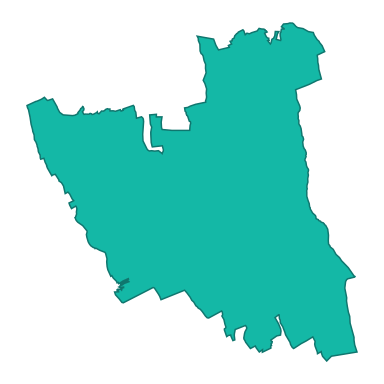 Voinesti, Vaslui, Romania
{"feature_id": "2599482B92497784274092", "entity_name": "Voinesti", "entity_type": "district", "adm_level": 2, "iso_a3": "ROU", "parent_name": "Romania", "parent_adm1": "Vaslui", "projection": "mercator", "projection_center": [27.426, 46.554], "detail": "fine", "context": "isolated", "style": "filled", "palette": "teal", "viewbox_px": 384, "rotation_deg": 0, "n_neighbors": 0, "source": "geoboundaries", "source_scale": "gbopen_adm2", "svg_char_len": 5935}
<svg xmlns="http://www.w3.org/2000/svg" viewBox="0 0 384 384"><path d="M355.0,276.5L353.9,275.8L348.3,267.7L341.6,260.8L339.5,257.6L336.0,254.4L333.2,249.3L330.3,247.0L329.8,245.6L328.6,244.2L328.3,241.0L328.5,235.2L327.7,229.2L325.7,225.4L324.5,224.6L324.3,223.9L323.2,222.8L321.2,222.2L320.5,221.2L319.2,220.8L318.6,220.4L318.4,219.7L316.1,218.7L315.8,216.4L315.4,215.5L312.6,213.0L310.3,209.0L310.2,207.7L309.6,206.8L309.2,203.5L308.1,200.7L306.8,196.3L306.8,191.8L306.6,191.0L307.2,188.8L306.9,187.1L307.0,185.2L307.9,182.1L307.7,178.7L308.4,175.1L307.9,172.7L308.5,170.5L308.4,169.3L307.2,167.5L306.5,165.8L305.9,162.0L304.9,160.4L305.0,159.2L306.1,156.6L305.7,155.5L306.2,154.5L306.2,152.7L305.3,150.1L303.8,148.1L303.8,147.5L303.2,146.3L302.7,142.0L303.6,139.2L302.9,136.8L301.8,135.5L301.9,134.5L301.1,128.7L300.2,126.0L299.3,124.8L298.8,123.5L298.9,120.6L298.1,118.4L298.3,116.8L298.0,113.8L298.3,112.4L299.8,110.5L300.2,108.0L299.7,105.9L296.7,99.0L296.5,94.5L295.6,89.7L309.6,84.2L317.0,80.5L321.4,79.0L318.8,69.3L318.5,65.3L317.8,62.3L317.7,58.5L317.2,55.6L317.3,55.1L324.7,51.6L322.1,45.7L319.4,42.3L319.1,41.4L317.1,39.6L314.3,35.2L313.3,32.5L308.4,31.6L303.1,28.6L297.6,27.6L295.9,26.4L293.5,23.7L292.5,23.1L289.7,23.0L288.0,23.6L283.5,24.0L281.4,26.8L284.1,28.6L284.1,29.0L281.4,29.1L280.8,32.4L280.2,33.2L280.2,35.9L280.9,39.5L280.6,40.5L276.2,39.4L277.4,34.0L278.8,31.6L275.3,31.5L274.8,35.7L273.6,38.2L271.9,39.3L271.1,42.8L270.3,44.0L267.7,40.6L269.1,40.3L268.6,39.1L268.8,38.3L267.5,37.9L266.4,36.9L264.6,33.2L267.1,32.0L266.2,30.8L265.1,30.6L265.2,29.9L263.9,29.1L261.6,29.0L259.1,28.4L257.1,31.0L251.6,32.7L249.4,33.8L246.9,33.2L245.2,34.7L243.8,30.8L242.9,29.8L238.3,32.1L237.6,33.2L236.7,33.6L234.7,35.9L234.1,38.1L232.4,39.0L232.1,39.7L232.2,40.7L230.1,41.3L231.6,44.0L228.4,45.5L229.3,47.3L218.5,49.9L215.9,45.3L213.6,39.1L197.2,36.2L198.2,38.2L198.4,40.7L199.9,44.3L200.1,51.0L201.1,53.6L202.2,54.4L203.1,55.9L204.1,60.7L205.6,64.3L205.5,68.4L206.1,72.8L203.2,80.3L204.9,83.5L206.6,88.9L206.2,93.1L206.6,97.1L206.2,99.1L205.6,100.6L205.7,102.2L195.6,104.3L190.3,106.1L187.8,107.4L184.6,107.9L185.1,111.2L186.3,112.6L186.1,113.5L186.8,115.4L187.1,115.4L187.7,116.3L189.3,121.2L190.4,121.6L190.7,123.3L190.1,125.4L189.7,130.4L171.8,130.4L162.1,129.5L161.5,127.4L161.2,122.1L162.0,116.9L156.3,116.9L156.4,114.3L149.7,114.9L150.4,124.1L151.7,127.1L150.8,132.1L150.8,134.0L151.2,142.4L152.0,146.0L152.3,146.9L162.3,145.8L163.4,149.8L163.2,151.5L162.4,152.5L162.2,153.6L158.5,150.7L154.7,151.1L151.5,150.7L149.3,151.0L147.6,149.9L147.0,149.0L143.0,140.9L142.7,134.3L143.6,121.5L143.3,119.0L142.7,117.9L141.5,116.8L136.5,118.2L135.8,112.2L134.7,110.3L134.2,106.6L133.3,105.4L124.1,108.6L124.3,108.8L122.8,109.3L123.2,110.3L121.1,111.1L120.3,109.7L115.4,111.3L113.2,110.8L110.0,110.9L109.9,109.0L108.7,109.1L107.4,108.7L105.5,109.5L104.6,110.5L103.2,111.2L101.6,111.0L99.0,113.8L97.8,113.4L97.3,111.8L96.6,112.6L93.3,114.3L92.0,114.5L91.5,113.8L90.1,113.4L89.0,114.2L85.1,114.1L84.0,114.4L82.4,111.8L83.6,110.4L84.0,108.9L83.1,106.7L82.6,106.5L82.0,107.7L80.7,108.6L80.0,110.1L77.9,112.6L78.0,113.6L75.0,115.2L72.6,115.6L63.2,114.9L59.7,112.4L57.5,108.3L57.1,106.9L52.6,98.9L47.8,100.5L47.1,100.2L44.4,97.3L41.5,99.2L37.0,101.2L35.9,101.4L27.0,105.5L27.5,107.7L28.5,109.7L30.1,117.4L31.1,124.2L32.5,129.4L32.8,131.5L34.1,134.9L34.4,139.6L36.0,142.2L37.0,144.9L37.2,146.4L38.0,148.6L38.4,151.8L40.1,155.1L40.3,158.1L40.7,159.2L43.9,158.3L45.2,162.4L46.8,165.5L46.6,165.8L47.4,168.0L51.8,175.7L52.6,175.0L55.3,174.3L58.9,179.9L58.9,180.9L61.5,182.7L63.5,186.0L65.2,193.6L67.9,192.1L69.7,194.0L72.2,199.0L73.7,200.7L69.0,203.0L69.7,205.1L71.5,208.6L75.8,206.1L76.4,207.0L76.9,208.8L76.4,212.0L76.6,214.0L75.4,217.4L75.0,217.6L76.1,220.2L76.7,221.0L77.9,222.3L82.7,225.6L87.0,230.9L87.1,232.0L86.4,234.5L86.8,237.0L88.2,241.8L89.2,243.7L90.7,245.7L93.1,247.4L94.8,248.0L95.0,248.6L96.1,248.3L99.8,250.3L104.9,252.3L105.6,253.4L107.0,258.8L106.7,261.8L107.1,266.5L107.8,269.7L110.8,276.3L111.8,275.6L113.3,278.1L116.5,281.3L117.1,282.9L118.2,282.4L118.8,283.7L123.0,281.0L128.3,278.6L128.5,279.2L127.4,279.6L127.2,280.3L124.9,281.1L120.5,283.9L120.7,284.8L128.0,280.8L128.9,281.7L124.1,283.5L122.5,284.8L120.0,285.8L119.9,286.5L118.9,287.0L119.8,287.5L123.6,287.1L123.6,287.7L120.8,287.9L121.0,288.3L122.5,288.3L121.2,288.8L121.9,289.0L121.6,290.1L120.8,289.3L117.8,289.2L117.1,289.6L117.0,290.2L117.2,290.6L118.4,290.6L118.6,291.8L114.6,292.0L115.5,294.8L119.2,298.9L121.9,302.4L123.3,302.8L153.1,287.5L154.4,288.0L158.2,293.7L159.7,296.3L161.0,299.7L184.6,290.2L187.1,293.1L190.2,297.3L191.8,300.3L193.8,302.1L195.9,305.8L197.4,306.9L198.2,308.1L200.3,309.3L202.3,311.6L205.4,316.0L207.2,317.8L208.7,318.0L221.6,311.0L222.1,311.6L222.5,313.3L222.6,315.0L221.9,316.0L223.9,319.5L224.9,324.0L225.9,327.0L225.7,328.0L224.4,328.9L224.4,330.0L226.7,336.6L228.3,335.5L230.7,335.0L230.9,336.1L232.9,340.6L234.8,339.9L234.3,335.5L234.4,333.7L235.2,329.5L245.4,325.5L245.8,325.9L246.7,327.4L246.7,328.6L245.1,331.6L244.5,333.7L243.8,338.0L244.1,339.4L244.8,340.3L245.7,342.3L250.4,348.5L255.3,346.0L256.3,348.0L259.3,352.0L262.5,349.7L262.4,352.2L270.9,348.1L270.9,347.6L270.6,347.1L270.8,345.9L271.5,345.6L271.1,344.9L271.3,344.5L271.1,343.4L272.0,343.0L272.2,341.5L271.3,341.2L270.8,340.1L276.8,335.9L280.5,335.1L281.0,331.1L280.6,328.8L278.5,323.7L275.0,317.6L278.7,314.7L279.1,314.8L279.4,318.5L280.2,320.2L280.3,322.7L282.7,326.6L284.9,332.3L285.6,334.8L290.0,342.3L290.6,344.6L292.1,347.2L293.5,348.5L294.5,348.0L301.2,343.6L306.1,341.0L312.8,336.9L315.1,341.4L314.7,344.1L315.1,346.2L317.3,352.0L317.5,353.7L321.2,351.6L321.4,353.0L322.6,356.4L326.7,361.0L331.4,356.2L357.0,352.0L354.7,344.9L354.0,340.1L354.0,337.3L350.1,323.1L349.7,316.3L348.4,312.3L347.3,306.3L346.5,300.9L346.7,297.8L344.8,288.1L345.6,281.6L346.6,279.7L347.7,278.8L354.6,277.1L355.0,276.5Z" fill="#14b8a6" stroke="#0f766e" stroke-width="1.5"/></svg>